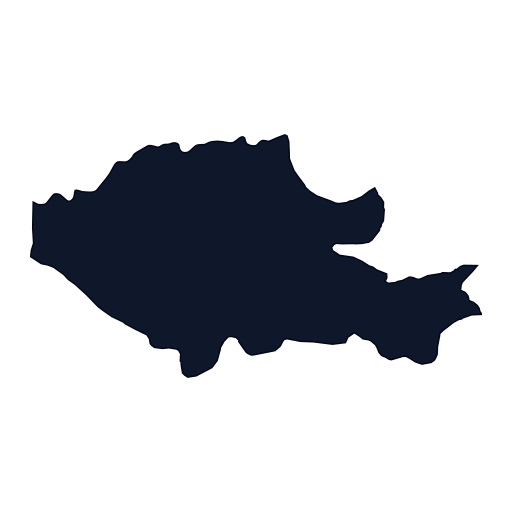 outline of Guastatoya, El Progreso, Guatemala
{"feature_id": "79465075B25176741785216", "entity_name": "Guastatoya", "entity_type": "district", "adm_level": 2, "iso_a3": "GTM", "parent_name": "Guatemala", "parent_adm1": "El Progreso", "projection": "albers", "projection_center": [-90.061, 14.852], "detail": "fine", "context": "isolated", "style": "filled", "palette": "ink", "viewbox_px": 512, "rotation_deg": 0, "n_neighbors": 0, "source": "geoboundaries", "source_scale": "gbopen_adm2", "svg_char_len": 4115}
<svg xmlns="http://www.w3.org/2000/svg" viewBox="0 0 512 512"><path d="M374.7,187.9L369.1,191.2L362.0,196.7L352.9,200.7L349.9,201.0L346.8,202.6L338.8,203.6L335.4,203.1L330.8,201.1L316.9,196.0L309.9,191.5L305.2,187.1L304.7,185.4L300.1,179.2L297.7,176.0L294.0,170.7L290.4,161.6L289.3,158.5L289.2,153.5L288.7,141.5L287.0,135.9L284.8,134.9L277.1,137.8L269.6,141.1L268.2,141.3L267.0,141.1L265.1,140.7L263.3,140.5L262.1,140.6L260.6,141.4L258.7,143.1L257.9,144.1L257.2,144.8L256.1,145.5L254.4,145.9L252.5,145.8L251.0,145.6L249.3,145.1L246.6,143.7L245.5,141.5L245.0,139.4L244.6,138.1L243.7,137.2L242.9,136.9L241.4,137.0L239.7,137.9L237.2,139.8L235.2,141.3L233.9,142.1L233.1,142.5L231.5,142.8L230.2,142.9L229.0,142.9L227.7,142.6L224.0,142.0L222.3,141.7L220.0,141.5L217.9,141.3L215.4,141.4L212.5,141.7L210.8,142.0L209.5,142.4L207.6,143.2L205.1,144.4L204.2,144.6L201.0,144.7L197.7,145.0L196.6,145.4L195.4,146.0L192.9,148.2L190.3,150.7L189.2,151.4L188.2,152.1L185.9,152.7L184.5,152.7L183.5,152.5L182.5,152.3L181.3,151.5L180.5,150.6L179.6,149.2L179.3,148.0L178.9,146.5L178.7,145.1L178.2,144.4L177.5,143.7L175.7,143.0L174.3,142.9L173.1,143.0L171.9,143.2L170.8,143.7L169.7,144.0L168.8,144.2L167.5,144.4L165.8,144.4L164.5,144.5L163.4,144.8L162.1,145.3L161.2,145.8L160.4,146.5L159.1,147.0L157.8,147.2L156.6,147.0L155.1,146.6L153.8,146.2L152.1,145.9L150.9,145.6L149.9,145.6L148.6,145.7L147.3,146.2L137.1,152.1L134.8,153.7L133.9,154.6L133.3,155.5L132.8,156.7L131.7,157.9L130.6,159.2L129.1,160.5L127.1,161.7L125.7,162.0L124.1,162.1L122.5,162.0L120.0,161.9L118.9,161.9L117.6,162.1L116.8,162.6L116.1,163.2L115.1,164.3L114.5,165.1L109.8,173.6L106.1,178.7L102.4,183.2L97.9,188.8L97.1,189.8L96.3,190.5L95.4,191.2L94.1,191.7L92.9,192.0L91.2,192.2L88.6,192.2L85.4,192.0L82.0,191.8L80.5,191.2L78.8,190.8L77.8,190.5L76.7,190.2L75.2,190.5L74.7,192.5L74.2,195.8L73.6,197.9L72.3,199.6L71.0,200.7L69.9,201.3L69.0,201.3L67.9,201.1L66.5,200.3L64.2,198.2L62.1,196.4L60.8,195.3L60.0,194.7L59.1,194.4L58.1,194.1L56.9,193.9L55.5,193.9L54.3,194.1L53.5,194.7L52.0,196.3L50.1,198.7L47.8,201.7L47.0,202.6L46.2,203.5L45.4,203.9L44.4,204.4L41.6,204.7L39.7,204.7L38.4,204.5L37.2,204.2L35.4,203.2L34.1,202.5L33.2,202.1L33.2,203.3L32.7,227.6L33.6,243.3L31.4,250.3L30.7,256.6L41.3,263.6L47.7,264.9L53.7,267.2L63.8,274.5L68.2,279.3L75.0,284.2L86.5,294.6L98.0,306.5L103.2,310.5L111.8,316.5L123.5,322.1L125.3,323.8L134.8,328.9L146.9,334.8L149.4,338.6L150.3,343.6L151.7,345.3L154.5,347.4L162.5,348.4L169.0,347.8L176.9,349.1L178.8,350.5L180.7,353.9L180.3,361.0L181.2,362.2L181.3,365.3L182.6,373.0L184.7,375.1L187.8,377.1L196.2,375.8L211.8,367.6L217.1,360.6L220.3,349.0L220.1,348.1L224.0,341.2L228.3,336.6L231.8,336.5L236.2,337.5L238.8,340.1L238.8,341.6L244.3,349.5L246.4,352.4L248.4,353.7L251.3,355.0L253.8,354.8L275.0,350.6L280.3,346.0L282.7,341.3L284.3,339.3L287.0,338.7L300.4,341.3L313.5,341.8L332.5,344.2L345.4,342.6L347.7,337.3L354.3,332.7L360.2,336.5L362.9,338.8L368.8,339.8L371.1,340.9L375.6,344.8L377.1,347.5L379.0,352.4L381.4,355.2L383.1,356.2L385.5,357.0L389.0,359.2L391.4,359.7L403.0,356.3L406.1,356.3L409.4,358.0L415.3,361.8L422.0,364.1L431.2,362.4L434.4,360.1L435.4,358.3L437.1,354.5L437.5,346.4L439.5,336.0L439.7,333.7L443.3,330.1L444.6,329.2L453.3,322.4L459.0,319.3L461.4,319.0L462.5,318.0L471.6,314.8L481.3,314.4L480.9,312.7L479.8,311.5L479.2,308.5L477.4,305.6L473.5,302.4L469.5,300.8L468.7,299.9L468.6,298.4L468.0,296.0L465.4,292.6L460.5,290.2L461.2,284.5L462.6,281.8L472.9,270.9L477.3,265.6L463.7,265.4L460.4,266.6L456.9,269.4L455.4,269.4L453.7,271.3L450.2,273.0L442.3,272.7L441.0,273.6L427.7,275.7L420.0,279.2L417.0,279.2L412.8,277.5L409.3,277.1L402.2,280.6L397.9,281.4L395.3,282.6L388.7,283.3L386.8,282.7L385.2,281.0L386.8,277.9L386.6,273.9L376.7,270.0L372.8,267.1L369.1,266.0L362.2,261.5L353.2,257.3L339.5,255.3L332.5,250.6L331.6,247.3L334.0,244.3L336.3,243.3L341.8,243.7L352.9,243.5L355.4,243.7L361.9,243.4L368.8,242.1L372.1,239.8L379.4,230.4L379.7,227.9L381.0,226.5L381.4,224.0L383.4,220.7L384.2,209.5L383.4,207.8L383.5,202.2L380.9,198.0L378.7,195.8L377.5,194.8L377.5,193.3L374.7,187.9Z" fill="#0f172a" stroke="#020617" stroke-width="1.5"/></svg>